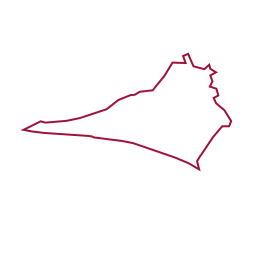 New Hanover, North Carolina, United States of America (Mercator projection), rotated 76°
{"feature_id": "52423323B24644642941407", "entity_name": "New Hanover", "entity_type": "district", "adm_level": 2, "iso_a3": "USA", "parent_name": "United States of America", "parent_adm1": "North Carolina", "projection": "mercator", "projection_center": [-77.907, 34.159], "detail": "fine", "context": "isolated", "style": "outline", "palette": "rose", "viewbox_px": 256, "rotation_deg": 76, "n_neighbors": 0, "source": "geoboundaries", "source_scale": "gbopen_adm2", "svg_char_len": 723}
<svg xmlns="http://www.w3.org/2000/svg" viewBox="0 0 256 256"><g transform="rotate(76 128 128)"><path d="M70.6,51.7L71.5,57.1L78.9,56.4L75.3,69.0L86.1,79.9L95.6,92.6L97.4,94.8L95.7,107.9L97.4,113.4L96.7,117.5L98.5,130.6L104.6,144.2L106.7,172.4L106.2,185.8L102.8,206.8L100.4,211.1L104.5,229.8L107.9,222.6L112.4,210.9L126.1,168.4L127.5,165.0L128.9,163.4L139.4,136.3L144.0,126.6L167.6,90.2L167.8,89.9L176.6,78.0L185.4,69.0L176.9,69.0L172.2,64.3L172.1,63.9L157.5,47.8L149.1,36.1L150.8,29.5L146.3,26.2L134.0,30.2L125.4,36.5L119.6,37.6L118.3,32.5L111.3,32.7L107.6,38.6L103.3,34.8L96.9,35.4L95.3,29.1L90.5,33.8L86.3,33.9L89.4,39.7L84.0,49.5L80.5,50.1L80.1,50.2L70.6,51.7Z" fill="none" stroke="#9f1239" stroke-width="2"/></g></svg>